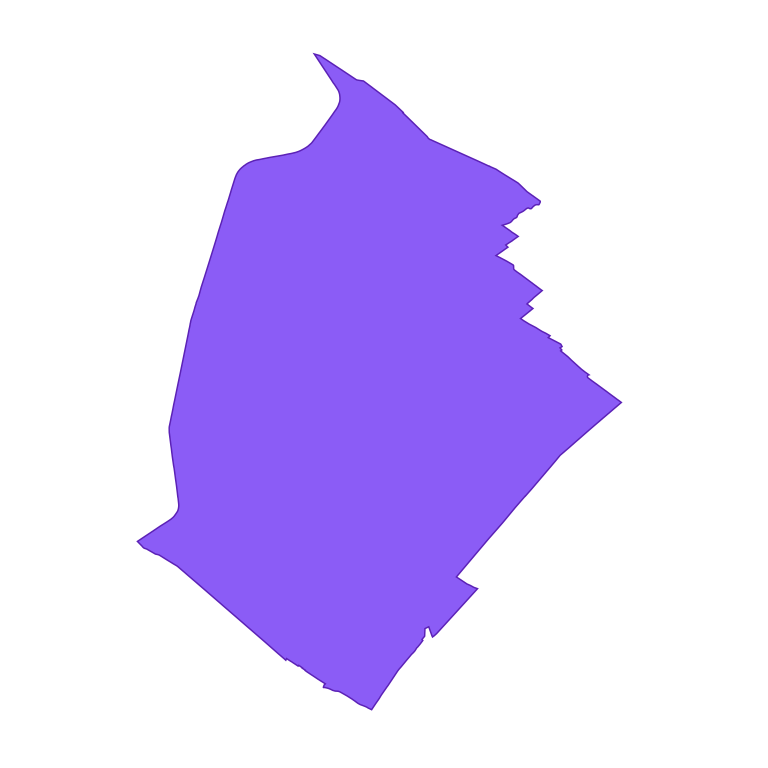 Lisse, Zuid-Holland, Netherlands, rotated 183°
{"feature_id": "6326949B71801070478852", "entity_name": "Lisse", "entity_type": "district", "adm_level": 2, "iso_a3": "NLD", "parent_name": "Netherlands", "parent_adm1": "Zuid-Holland", "projection": "equal_earth", "projection_center": [4.545, 52.254], "detail": "fine", "context": "isolated", "style": "filled", "palette": "violet", "viewbox_px": 768, "rotation_deg": 183, "n_neighbors": 0, "source": "geoboundaries", "source_scale": "gbopen_adm2", "svg_char_len": 6065}
<svg xmlns="http://www.w3.org/2000/svg" viewBox="0 0 768 768"><g transform="rotate(183 384 384)"><path d="M622.0,213.9L618.1,210.3L617.5,209.8L616.3,208.5L615.5,207.9L615.0,207.5L614.7,207.4L612.4,206.8L606.1,203.6L604.5,202.8L603.6,202.3L602.9,202.1L601.4,201.9L600.9,201.8L599.5,201.4L592.1,197.3L584.2,193.0L582.6,192.2L581.3,191.5L580.4,190.9L579.5,190.2L576.8,188.1L553.0,169.7L532.1,153.4L489.7,120.4L475.4,109.1L469.7,104.7L467.6,103.0L466.9,104.7L456.5,98.7L455.0,97.8L454.4,98.6L450.6,96.2L450.8,96.0L450.2,95.6L447.7,94.1L447.8,93.8L446.0,92.6L440.6,89.4L436.0,86.7L434.2,85.6L429.5,83.0L426.9,81.5L427.9,80.5L428.1,80.0L428.7,78.0L428.6,77.8L428.4,77.7L427.7,77.8L427.3,77.8L426.6,77.7L424.4,77.3L422.9,76.9L422.1,76.6L420.8,76.1L419.3,75.4L417.5,75.0L416.7,74.8L414.6,74.8L413.3,74.7L412.7,74.5L411.8,74.2L407.2,71.9L404.4,70.5L399.1,67.5L394.0,64.2L393.4,63.8L391.4,62.8L390.0,62.3L389.2,62.1L385.9,61.0L384.3,60.4L382.9,59.6L379.3,58.1L378.8,59.0L375.7,64.2L372.4,69.5L371.7,70.8L370.6,72.9L367.9,77.3L366.1,80.2L365.3,81.5L364.1,83.3L356.7,95.8L355.1,98.5L354.8,98.9L354.2,99.8L352.2,102.3L346.8,109.6L344.2,113.0L342.4,115.4L340.7,117.2L339.4,118.8L338.5,120.3L337.5,122.2L336.6,123.1L334.3,126.2L331.8,129.9L332.7,130.9L330.6,133.7L330.5,133.8L330.2,134.3L330.3,141.9L326.6,143.9L323.0,135.2L322.3,133.9L321.0,135.0L320.8,135.1L318.4,137.5L297.0,163.6L279.9,184.5L283.6,185.6L287.1,187.3L290.8,188.7L301.6,195.1L300.1,197.1L280.4,223.1L270.9,235.6L269.6,237.2L259.7,249.8L257.3,252.9L246.4,267.6L237.1,279.5L237.0,279.4L230.9,287.1L219.5,302.0L210.7,313.5L208.0,317.1L204.4,322.0L195.7,330.3L190.3,335.6L177.0,348.5L172.0,353.3L163.6,361.3L146.0,378.0L149.3,380.2L150.3,380.8L169.9,393.8L176.7,398.2L181.0,401.1L181.1,401.6L181.3,402.2L181.3,402.5L181.2,402.8L181.0,403.1L180.7,403.6L179.8,403.9L183.9,406.5L187.5,409.0L191.5,412.2L198.2,417.7L201.6,420.7L209.3,426.3L208.2,427.3L210.1,429.3L208.1,430.7L209.5,433.0L210.0,433.2L210.0,433.3L213.1,434.7L222.4,438.9L220.7,440.9L225.0,443.1L229.0,444.8L231.4,446.1L235.3,448.3L240.3,450.6L242.1,451.4L247.6,454.4L250.2,456.0L251.1,456.5L245.6,461.4L239.2,467.2L240.6,468.1L245.4,471.4L245.0,471.9L240.4,476.4L240.0,476.9L238.8,478.2L238.3,478.7L236.2,480.6L233.2,483.4L230.9,485.6L231.3,485.8L233.7,487.4L247.4,496.6L250.1,498.4L252.6,500.1L257.1,502.9L257.8,503.4L259.0,504.2L259.7,504.7L260.2,505.2L260.5,505.7L260.6,506.8L260.7,507.8L260.7,508.2L260.8,508.7L260.8,509.0L261.0,509.3L261.3,509.7L262.1,510.1L264.0,511.1L267.9,513.1L274.6,516.2L278.9,518.1L273.5,522.3L270.5,524.7L267.4,527.1L269.7,529.2L266.6,531.5L263.5,533.7L262.5,534.6L260.5,536.2L257.7,538.4L261.0,540.5L264.2,542.3L266.3,543.8L269.7,545.9L274.2,548.7L271.4,549.7L270.3,550.1L268.4,550.9L267.3,551.4L266.4,551.9L266.1,552.1L265.4,552.8L265.0,553.2L264.6,553.8L263.9,554.7L262.7,555.9L262.4,556.1L261.0,556.8L260.7,557.0L260.3,557.3L260.1,557.6L259.9,557.9L259.5,559.5L258.2,561.5L257.2,562.0L255.8,562.8L255.2,563.1L254.1,563.8L253.6,564.2L253.1,564.6L252.5,565.1L251.8,565.8L251.3,566.2L251.0,566.5L250.6,566.8L250.1,567.1L249.7,567.2L249.4,567.3L249.2,567.4L248.8,567.3L248.5,567.2L248.0,566.9L247.7,566.8L247.4,566.7L247.1,566.7L246.9,566.7L246.6,566.7L246.3,566.8L246.0,566.9L245.8,567.2L245.5,567.5L245.0,568.1L244.4,568.9L243.6,569.6L243.2,570.0L242.8,570.3L242.4,570.6L242.0,570.8L241.6,570.9L241.2,571.0L240.7,571.1L239.8,571.1L239.3,571.1L238.8,571.1L238.5,571.5L238.3,571.8L238.1,572.4L237.7,573.2L237.6,573.4L237.6,573.6L237.5,574.1L237.5,574.3L237.5,574.5L237.6,574.8L251.2,583.5L257.8,589.3L260.6,591.7L274.7,599.4L277.9,601.2L281.2,603.1L283.2,604.3L289.3,606.6L289.9,607.0L290.0,606.9L291.7,607.5L295.4,609.0L298.2,610.1L300.9,611.2L311.2,615.2L343.8,627.9L348.2,629.6L348.7,629.8L350.1,630.4L350.8,630.5L351.3,630.8L352.6,631.7L353.9,633.4L361.4,640.0L368.2,646.0L379.4,655.8L379.0,656.2L387.5,663.4L400.7,672.3L420.3,685.5L426.3,686.1L427.2,686.3L427.7,686.5L448.2,698.6L465.2,708.6L470.9,709.9L465.6,702.7L454.6,687.8L452.6,685.1L450.4,682.0L449.2,680.6L446.5,676.9L445.8,675.9L445.3,675.2L445.0,674.7L444.6,674.0L444.3,673.3L444.0,672.4L443.7,671.7L443.4,670.5L443.1,668.7L442.9,667.0L442.9,665.5L442.9,664.8L443.0,664.0L443.2,662.9L443.8,661.1L444.2,659.7L445.0,657.8L445.4,657.1L446.1,655.8L447.5,653.7L450.0,649.6L456.6,639.3L458.0,637.2L459.5,634.9L462.4,630.6L463.9,628.3L468.4,621.6L469.1,620.7L470.9,618.9L472.2,617.6L473.1,616.9L474.7,615.7L476.7,614.4L479.4,612.8L481.6,611.7L482.9,611.2L484.1,610.7L488.8,609.3L491.9,608.6L497.0,607.2L509.4,604.4L511.4,603.9L513.3,603.4L515.8,602.8L518.4,602.1L519.9,601.7L523.2,601.0L525.0,600.4L525.9,600.1L527.9,599.2L529.4,598.5L531.0,597.7L533.1,596.3L533.9,595.6L535.6,594.3L536.5,593.4L537.2,592.8L537.9,592.1L539.1,590.8L539.6,590.1L540.6,588.7L541.0,588.1L541.8,586.5L542.3,585.5L542.5,584.9L542.7,584.3L543.2,582.9L543.7,581.2L546.7,569.5L547.2,567.3L547.8,564.9L548.5,562.0L549.2,559.2L550.0,556.4L551.0,552.5L552.1,548.5L553.9,540.8L554.9,536.6L555.5,534.4L557.5,526.7L558.5,522.4L559.8,517.1L561.9,508.7L565.0,496.5L568.8,481.7L571.6,471.1L573.5,462.3L574.0,460.8L574.2,460.0L574.8,458.3L575.3,456.8L575.7,455.7L575.9,454.4L576.0,453.8L576.4,452.4L576.8,450.9L577.1,449.5L577.2,448.9L577.4,448.1L577.6,447.2L578.2,444.9L579.6,439.6L579.9,438.5L580.3,436.6L580.4,435.5L580.6,434.5L580.9,431.9L581.2,429.9L581.5,428.3L582.0,424.6L582.2,423.2L582.4,421.9L582.6,420.5L582.8,419.2L586.6,393.7L588.1,383.7L589.5,374.7L590.1,370.8L592.2,356.8L592.9,352.5L593.5,348.0L594.3,342.5L594.6,340.9L595.2,336.5L595.9,331.9L596.1,330.7L596.2,329.8L596.2,328.9L596.2,328.5L596.1,327.0L595.9,324.3L595.6,322.7L593.5,311.0L593.0,308.6L592.6,306.2L591.5,300.0L590.5,294.9L589.9,291.8L589.2,288.9L588.4,284.7L587.5,279.9L587.1,277.7L586.8,276.2L586.3,273.7L585.8,271.0L584.6,264.2L584.5,263.5L584.0,260.6L583.6,258.8L583.4,257.5L582.8,253.8L582.6,252.2L582.6,250.5L582.8,248.7L583.2,246.9L583.6,245.9L584.7,244.0L586.6,241.0L587.6,239.8L589.5,238.0L591.7,236.3L594.3,234.4L600.1,230.3L612.9,220.7L622.0,213.9Z" fill="#8b5cf6" stroke="#5b21b6" stroke-width="1.5"/></g></svg>